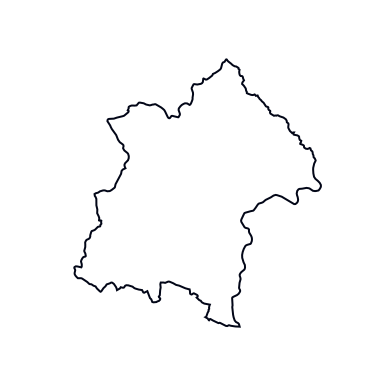 outline of Tay Hoa, Phú Yên, Vietnam, rotated 120°
{"feature_id": "81297802B36488646512837", "entity_name": "Tay Hoa", "entity_type": "district", "adm_level": 2, "iso_a3": "VNM", "parent_name": "Vietnam", "parent_adm1": "Phú Yên", "projection": "albers", "projection_center": [109.179, 12.914], "detail": "fine", "context": "isolated", "style": "outline", "palette": "ink", "viewbox_px": 384, "rotation_deg": 120, "n_neighbors": 0, "source": "geoboundaries", "source_scale": "gbopen_adm2", "svg_char_len": 5991}
<svg xmlns="http://www.w3.org/2000/svg" viewBox="0 0 384 384"><g transform="rotate(120 192 192)"><path d="M284.8,83.4L283.0,85.2L282.7,85.8L282.5,86.5L282.6,88.9L281.9,90.8L279.7,93.3L277.8,95.0L271.5,99.6L269.9,100.2L263.8,104.2L263.1,104.3L262.1,103.8L258.8,101.5L256.8,100.7L254.6,100.6L253.6,100.8L252.8,101.5L252.1,102.7L251.5,103.3L246.9,105.4L243.4,106.3L242.7,106.7L241.8,107.5L240.9,108.6L239.9,109.3L238.6,109.5L236.9,109.3L233.1,107.9L232.3,107.9L230.9,108.3L228.8,109.7L227.1,112.2L223.9,115.6L221.5,117.1L218.6,118.1L215.4,118.7L212.2,118.8L211.2,118.5L210.2,117.8L207.7,115.4L206.8,115.3L204.5,115.7L202.8,116.5L201.4,117.6L200.3,119.0L198.6,122.1L197.6,123.0L196.0,123.9L195.7,124.5L195.6,125.3L196.3,127.8L196.2,128.9L193.3,134.2L192.4,135.1L191.1,135.5L185.2,136.0L184.0,136.0L183.2,135.4L179.5,131.8L177.6,129.7L176.9,129.4L173.8,129.0L170.6,128.8L169.3,128.6L168.6,128.3L166.4,126.2L165.3,125.4L162.1,124.3L157.3,121.1L154.3,119.6L152.7,118.1L152.2,116.7L151.2,112.0L151.4,97.5L150.7,96.4L148.9,95.7L147.6,95.6L146.8,95.8L145.7,96.2L144.8,96.9L143.6,97.9L142.3,99.4L140.9,100.6L138.4,101.4L136.4,101.1L135.6,100.5L134.0,98.2L131.2,94.9L130.3,92.6L130.2,91.7L130.5,87.9L129.7,85.9L128.8,84.7L127.4,83.2L125.6,82.9L123.6,82.9L122.4,83.3L121.4,84.0L120.2,86.0L119.5,88.4L118.9,91.7L117.8,93.9L115.2,96.2L112.2,98.2L110.5,99.1L106.2,100.4L103.0,100.6L102.5,101.1L101.5,102.5L101.1,104.0L99.5,105.2L98.7,106.4L97.2,107.5L96.7,108.2L96.4,109.8L95.0,111.3L95.1,112.2L96.1,112.7L97.0,113.6L97.6,115.2L97.4,117.1L95.9,118.3L95.8,118.6L95.8,119.9L96.3,122.2L95.8,122.6L94.2,122.6L93.0,123.0L93.0,124.6L92.8,125.0L91.6,126.2L90.6,126.9L90.3,127.4L90.3,129.1L91.4,132.3L91.4,132.8L90.9,133.3L90.5,133.5L89.5,133.5L89.9,134.2L90.9,134.8L90.2,137.7L88.5,140.4L88.1,140.8L87.7,141.1L85.0,142.3L84.4,143.0L84.2,144.7L82.9,145.7L82.1,147.1L81.8,150.0L82.6,154.0L82.6,155.9L83.0,156.6L83.7,157.1L84.2,158.3L85.0,159.1L84.9,163.0L84.8,163.5L84.0,164.3L83.1,164.5L82.6,164.9L82.5,166.5L81.9,167.5L80.6,168.2L80.4,168.9L80.8,170.1L80.8,170.9L78.9,174.6L78.5,177.0L78.0,177.9L77.6,180.0L76.9,181.2L76.7,182.1L75.6,183.4L75.8,183.8L76.8,184.7L76.2,186.5L77.6,187.7L78.3,189.3L78.8,192.2L79.0,193.9L77.7,194.8L77.3,195.7L75.5,197.2L74.0,200.3L73.4,202.6L72.5,203.0L71.6,203.1L69.3,202.8L68.3,204.3L67.3,205.2L66.7,205.9L66.6,206.6L67.2,207.9L66.9,209.0L66.0,210.0L64.4,211.2L62.3,212.0L62.1,213.3L61.3,213.8L61.2,216.4L61.8,218.0L61.8,220.3L61.3,222.3L60.8,225.9L60.4,227.2L59.9,228.0L59.9,228.4L60.3,228.8L63.0,228.9L64.5,230.0L65.8,230.0L70.1,228.8L71.6,228.8L74.3,229.9L77.4,231.5L79.3,232.9L81.0,232.7L84.6,234.1L87.0,235.3L87.7,236.1L87.9,238.7L88.2,238.9L91.3,237.6L92.7,237.7L93.9,238.4L96.3,241.2L97.5,244.1L98.1,244.5L102.0,244.3L102.8,243.9L105.4,240.9L106.9,239.9L110.2,238.6L111.1,238.0L112.6,237.6L115.4,237.2L117.1,237.2L117.8,237.7L117.7,240.3L118.2,241.5L118.8,242.5L120.0,243.4L121.8,244.4L123.6,244.9L126.2,245.2L127.0,244.9L127.8,244.5L130.2,241.7L131.2,241.1L134.0,241.1L134.2,241.3L135.9,247.1L136.4,247.8L138.9,248.1L139.5,248.6L139.6,249.2L139.5,249.9L139.0,250.8L135.7,255.6L134.9,257.0L134.5,258.9L134.2,261.1L134.2,267.3L134.4,267.9L135.6,269.2L136.1,270.0L137.2,270.9L138.1,271.9L139.2,275.5L139.3,278.1L140.6,281.8L141.3,282.7L144.7,283.3L145.9,284.9L146.8,286.7L147.4,287.6L148.5,288.6L149.8,289.3L150.4,289.2L151.4,288.6L153.4,288.5L153.5,287.4L154.1,287.1L154.9,287.1L159.8,288.9L160.9,289.8L165.2,294.3L167.5,296.3L170.2,300.4L170.9,301.0L171.3,301.1L171.9,301.1L173.0,300.6L175.3,296.1L176.2,295.0L177.5,293.0L180.6,286.1L183.7,282.2L185.0,279.4L185.4,275.8L185.7,274.9L186.5,274.2L188.5,273.6L189.4,272.3L189.9,271.2L190.5,267.4L190.9,266.4L192.5,264.7L194.4,263.7L196.5,263.3L200.4,264.3L201.9,264.2L203.0,263.6L204.0,262.5L204.7,261.5L207.2,263.2L209.0,263.5L211.7,262.5L223.5,262.1L226.3,261.2L227.0,261.2L230.4,262.6L231.9,263.4L232.4,263.8L233.7,265.7L234.2,268.3L235.0,269.7L237.4,272.0L239.5,273.0L241.2,274.7L242.5,275.4L244.0,274.2L244.6,272.9L245.8,271.4L251.4,268.1L254.4,265.3L257.8,263.5L259.6,260.8L260.9,259.3L263.1,258.3L263.1,257.9L262.2,256.8L262.2,256.2L263.6,255.6L264.8,254.6L266.3,254.9L267.0,254.5L267.7,254.4L269.3,256.1L273.1,257.1L274.1,257.7L276.0,259.3L277.0,259.3L280.3,258.5L281.6,257.8L282.9,257.6L284.1,257.9L286.2,259.4L288.0,259.5L289.3,259.2L290.6,258.3L293.1,256.9L296.8,255.9L297.4,255.4L298.6,253.6L300.5,252.0L301.2,252.1L302.4,253.3L303.2,253.7L304.7,253.8L306.6,253.7L307.8,253.3L309.6,251.4L311.0,250.6L311.8,250.2L312.6,250.2L313.7,253.8L314.4,255.4L315.7,256.2L316.6,256.0L317.7,254.4L318.2,254.0L321.0,253.1L322.0,252.3L322.8,250.9L323.4,249.1L323.7,247.7L322.1,244.9L321.9,243.9L322.3,237.8L323.0,234.8L322.2,232.9L322.4,230.5L322.0,228.3L323.1,226.1L324.1,222.1L324.1,221.3L323.4,220.9L319.5,220.6L316.9,219.8L314.7,219.7L312.2,217.5L310.8,216.7L310.4,215.7L310.7,213.6L312.4,210.1L313.4,208.9L314.5,207.9L311.6,206.2L310.1,206.1L309.6,204.3L309.0,203.3L308.4,203.1L306.6,203.0L306.2,202.7L305.6,202.3L304.7,200.5L303.7,196.1L304.0,194.5L304.0,193.0L303.1,189.3L301.9,186.2L303.3,184.0L303.2,183.1L300.2,181.1L304.9,175.3L305.3,173.6L307.1,171.4L306.8,170.2L305.1,167.8L304.1,167.3L302.9,166.2L301.2,165.8L300.1,166.3L299.6,168.0L299.1,168.5L297.8,168.2L297.2,168.4L293.1,170.4L290.4,171.4L287.6,173.4L286.0,173.8L284.7,171.5L284.1,169.8L281.6,167.9L281.1,167.2L280.8,166.0L280.4,162.6L280.4,159.3L279.5,156.3L278.7,149.6L277.9,146.5L277.5,145.4L278.9,144.2L281.0,142.8L281.1,142.5L281.1,141.3L280.6,140.8L279.1,140.1L278.8,139.7L278.6,136.4L278.8,135.5L279.2,135.0L280.0,134.8L281.1,135.2L282.0,131.6L281.8,130.0L282.4,128.8L282.6,128.1L282.5,125.6L280.6,120.2L281.9,120.0L283.5,119.5L284.6,118.7L286.0,118.7L286.6,118.1L288.6,118.1L292.9,117.3L293.7,117.8L293.7,115.2L294.6,113.3L294.6,113.1L293.2,113.0L292.9,112.8L292.8,112.2L292.8,109.4L292.4,104.3L292.3,103.5L291.4,102.6L291.3,101.8L291.0,95.7L290.5,94.5L288.9,93.4L288.4,91.4L286.8,87.3L284.8,83.4Z" fill="none" stroke="#020617" stroke-width="2"/></g></svg>